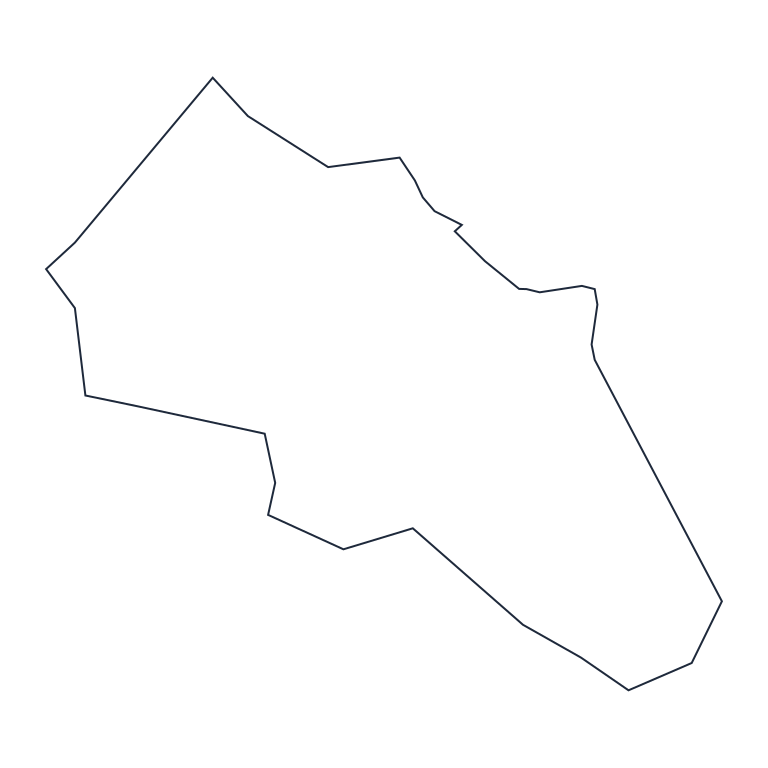 map outline of Santa Cruz (Mercator projection)
{"feature_id": "CPV-5048", "entity_name": "Santa Cruz", "entity_type": "state/province", "adm_level": 1, "iso_a3": "CPV", "parent_name": "Cabo Verde", "parent_adm1": "", "projection": "mercator", "projection_center": [-23.551, 15.108], "detail": "fine", "context": "isolated", "style": "outline", "palette": "slate", "viewbox_px": 768, "rotation_deg": 0, "n_neighbors": 0, "source": "natural_earth", "source_scale": "10m", "svg_char_len": 529}
<svg xmlns="http://www.w3.org/2000/svg" viewBox="0 0 768 768"><path d="M212.7,77.7L247.9,116.1L328.1,167.1L399.6,157.6L414.9,180.5L422.8,197.4L434.6,211.2L461.8,224.9L454.8,231.3L485.0,261.2L519.1,288.9L526.5,289.1L539.7,292.3L581.9,285.9L594.7,289.1L597.4,304.6L591.6,344.5L594.7,359.8L721.9,601.3L691.7,663.0L628.5,690.3L581.0,657.6L523.0,624.8L412.8,528.3L343.4,549.3L268.1,514.9L275.2,482.9L264.7,433.7L138.1,406.4L85.4,395.5L74.9,308.1L46.1,269.1L74.9,242.6L212.7,77.7Z" fill="none" stroke="#1e293b" stroke-width="2"/></svg>